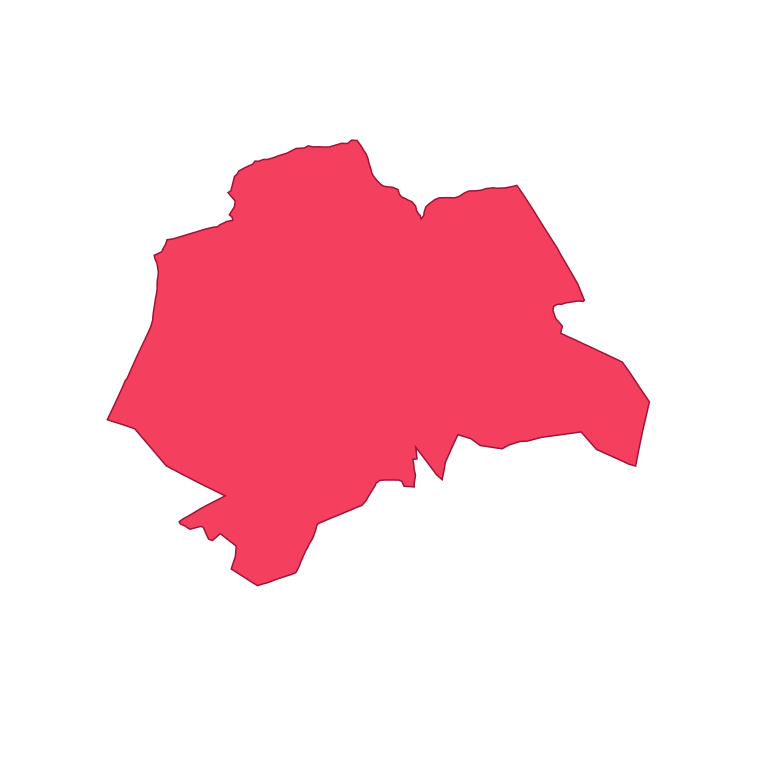 Eldama Ravine, Rift Valley, Kenya (Mercator projection), rotated 295°
{"feature_id": "3690345B15109287371985", "entity_name": "Eldama Ravine", "entity_type": "district", "adm_level": 2, "iso_a3": "KEN", "parent_name": "Kenya", "parent_adm1": "Rift Valley", "projection": "mercator", "projection_center": [35.716, -0.006], "detail": "fine", "context": "isolated", "style": "filled", "palette": "rose", "viewbox_px": 768, "rotation_deg": 295, "n_neighbors": 0, "source": "geoboundaries", "source_scale": "gbopen_adm2", "svg_char_len": 3591}
<svg xmlns="http://www.w3.org/2000/svg" viewBox="0 0 768 768"><g transform="rotate(295 384 384)"><path d="M172.7,256.6L171.4,258.0L171.1,259.2L171.2,262.5L171.2,263.6L171.1,265.0L170.6,266.9L170.4,269.6L175.8,276.0L177.5,278.2L177.8,279.8L177.5,281.1L173.1,286.0L169.3,290.5L169.3,292.0L169.6,293.6L169.7,294.7L179.2,298.8L174.6,318.6L164.8,322.2L151.8,323.7L150.8,331.4L148.8,345.8L147.8,354.6L152.3,359.5L154.3,362.1L161.3,368.9L165.5,373.2L168.9,376.9L172.4,380.7L175.7,383.7L177.3,384.0L184.2,384.1L187.3,383.7L190.7,383.7L191.9,383.6L194.8,383.6L199.9,383.5L204.1,383.9L206.9,383.8L213.0,384.5L218.0,384.3L223.8,383.6L228.7,382.8L231.4,384.9L235.2,388.3L240.8,393.3L245.9,398.1L252.5,404.1L259.4,410.3L264.7,415.3L270.1,416.9L273.9,417.3L275.5,417.4L281.3,418.0L286.0,418.6L287.3,418.8L288.9,418.9L291.1,418.8L292.2,419.6L294.9,421.0L297.4,425.4L298.7,428.2L301.1,433.4L303.2,438.1L303.3,441.4L299.8,445.3L303.5,454.9L305.7,453.7L314.7,451.1L319.1,447.6L324.6,444.4L327.8,441.9L330.1,445.6L340.1,439.5L332.5,454.1L324.1,469.7L321.8,477.1L332.0,474.7L338.8,472.7L359.6,472.4L369.3,472.4L371.2,486.1L368.9,497.1L373.2,511.8L375.2,518.4L381.6,523.1L389.5,531.6L392.4,537.5L402.3,549.4L410.1,561.6L418.5,574.6L423.9,582.9L418.0,596.2L414.5,604.3L414.7,618.6L414.9,634.9L414.8,639.6L416.0,646.7L435.7,641.8L449.7,638.5L466.3,635.0L480.0,632.1L488.9,617.1L498.2,602.0L504.6,590.6L504.7,575.3L504.7,560.7L504.7,546.0L504.8,535.4L504.6,531.2L504.7,522.6L511.9,521.2L516.0,511.8L522.3,505.9L525.8,505.0L526.9,505.6L527.8,506.2L529.9,508.0L531.1,511.0L534.1,514.2L537.2,518.8L541.4,525.1L542.9,529.4L544.6,530.2L556.7,517.1L566.5,503.2L575.5,490.1L580.1,484.0L585.1,476.1L594.6,461.2L604.6,446.0L614.0,431.0L620.2,420.5L617.3,417.0L614.0,412.4L612.7,410.5L610.8,406.8L609.0,403.3L607.8,399.6L606.0,397.0L604.4,394.1L600.6,390.0L597.8,385.4L595.8,381.3L594.5,379.0L590.6,375.8L585.9,372.9L582.6,369.4L580.6,364.7L578.3,359.8L576.1,355.4L572.6,352.1L569.5,350.5L565.5,348.3L562.1,347.1L556.9,347.7L553.6,348.8L549.3,347.9L552.1,345.5L552.9,343.1L554.9,340.3L558.7,337.4L561.0,332.3L560.9,327.7L561.1,324.3L561.0,321.0L562.6,317.6L566.2,314.5L565.9,308.6L564.4,304.6L564.0,303.2L563.1,299.7L563.8,295.9L565.0,292.8L566.5,289.6L568.2,286.3L570.2,283.6L573.9,280.8L577.7,277.1L581.4,274.3L585.0,270.6L587.4,266.4L589.1,264.1L589.7,263.2L590.9,261.1L591.8,259.5L593.3,256.7L591.3,251.6L586.6,249.4L584.1,243.6L581.5,240.8L578.6,237.5L575.5,233.9L573.1,228.8L571.5,224.8L568.9,219.6L567.9,214.7L564.3,212.1L562.5,208.8L560.3,204.8L556.3,201.6L552.2,198.5L549.7,195.7L547.1,192.8L544.9,190.5L542.5,188.3L538.3,183.5L536.6,179.9L532.8,176.1L531.5,172.9L527.6,172.1L525.1,169.7L520.6,166.0L515.9,162.5L512.3,162.2L508.9,160.8L494.3,163.6L491.6,161.7L490.7,163.5L486.9,171.9L481.1,173.5L472.0,172.3L471.0,175.9L468.4,177.7L464.8,172.7L461.9,170.5L459.2,168.1L456.1,166.7L454.1,163.2L451.3,159.6L448.4,156.1L443.6,150.8L439.9,146.6L435.5,141.7L430.4,136.0L426.1,131.2L423.1,126.4L418.7,127.0L414.5,126.7L412.1,126.6L409.9,126.7L403.5,121.3L400.4,123.7L397.8,127.0L394.8,129.0L390.0,132.2L385.6,133.8L381.6,134.9L377.8,136.5L374.6,138.1L369.7,139.6L365.6,140.6L358.1,142.8L351.7,144.6L346.2,146.5L344.6,147.3L337.2,148.4L332.2,148.5L325.7,148.5L311.1,148.4L299.5,148.4L280.3,148.8L278.7,148.3L277.3,148.1L267.4,148.4L257.1,148.4L243.2,148.4L234.7,148.3L235.2,152.8L236.3,160.9L237.3,169.0L238.0,177.2L231.1,192.3L224.8,206.1L219.7,217.1L217.8,221.5L216.8,240.9L216.0,262.7L215.5,287.3L199.6,275.0L194.0,270.8L182.4,263.0L176.8,258.9L172.7,256.6Z" fill="#f43f5e" stroke="#9f1239" stroke-width="1.5"/></g></svg>